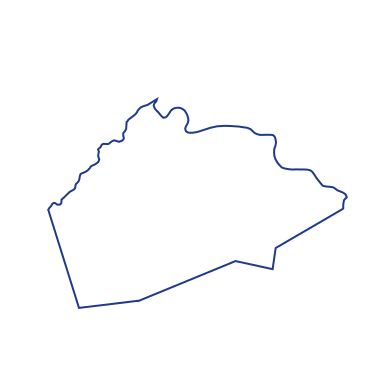 St. Joseph Estate, Dennery, Saint Lucia, rotated 71°
{"feature_id": "8701671B99871718233737", "entity_name": "St. Joseph Estate", "entity_type": "district", "adm_level": 2, "iso_a3": "LCA", "parent_name": "Saint Lucia", "parent_adm1": "Dennery", "projection": "equal_earth", "projection_center": [-60.918, 13.902], "detail": "fine", "context": "isolated", "style": "outline", "palette": "blue", "viewbox_px": 384, "rotation_deg": 71, "n_neighbors": 0, "source": "geoboundaries", "source_scale": "gbopen_adm2", "svg_char_len": 3052}
<svg xmlns="http://www.w3.org/2000/svg" viewBox="0 0 384 384"><g transform="rotate(71 192 192)"><path d="M95.2,205.8L95.1,207.6L95.1,210.8L95.3,212.8L96.1,214.6L97.2,216.6L98.5,217.9L99.2,218.8L100.3,220.8L101.1,223.0L102.5,227.3L103.1,228.9L104.1,230.0L104.6,231.1L105.2,231.3L108.4,232.7L110.7,233.6L111.6,234.4L112.8,235.8L113.4,236.9L114.1,237.9L116.4,238.7L118.8,238.9L119.8,239.6L120.2,240.2L120.8,241.9L120.7,242.6L120.8,244.6L117.8,248.7L117.8,249.3L118.0,251.2L118.8,253.6L119.3,254.9L119.3,255.9L118.5,257.9L117.7,260.1L117.6,260.8L118.1,262.2L119.4,263.4L119.9,264.2L120.3,264.9L120.8,266.4L121.3,267.0L122.3,267.0L123.6,266.9L124.5,267.5L126.7,268.7L128.0,269.1L130.7,269.0L131.4,269.5L132.1,269.9L133.2,271.0L133.7,272.5L134.3,274.8L134.4,275.6L134.4,276.7L134.7,278.2L134.9,279.4L136.0,280.6L137.4,283.2L138.1,285.2L138.4,287.4L138.5,290.4L138.7,291.3L139.2,292.0L141.2,293.3L143.2,294.3L144.8,295.6L145.7,297.0L146.7,299.2L147.0,299.5L148.9,300.5L150.3,301.4L151.0,302.3L151.5,304.4L152.1,307.6L153.2,310.0L154.4,312.5L155.9,315.7L156.7,317.9L158.3,318.4L160.3,319.5L160.8,320.6L160.7,322.0L160.0,323.5L157.8,325.2L157.3,326.4L157.7,327.9L159.6,330.1L160.5,331.9L162.0,333.7L264.8,336.6L277.3,278.4L277.6,278.3L271.5,174.0L271.5,173.3L291.2,140.9L272.2,131.1L257.1,54.9L256.6,54.3L254.6,53.6L252.8,52.9L251.9,52.4L250.7,51.8L249.1,50.8L247.3,47.4L244.2,47.6L243.6,48.0L241.9,49.3L240.9,50.3L237.7,54.0L236.2,55.0L235.5,55.5L234.1,56.4L233.0,57.9L231.8,60.3L231.4,61.3L231.3,61.7L230.6,63.0L230.0,64.2L229.5,65.0L229.0,65.9L227.7,66.8L226.2,67.3L225.2,67.7L220.5,69.3L220.2,69.5L214.6,70.9L212.2,71.7L211.9,71.8L210.1,73.0L209.4,74.1L209.1,74.5L208.1,76.4L207.3,78.3L207.1,78.9L205.7,83.1L204.7,85.6L203.4,89.9L201.7,93.6L201.5,93.9L199.8,96.9L198.6,98.4L198.1,99.1L196.5,99.8L196.0,100.1L193.9,101.0L193.1,101.3L191.8,101.7L188.2,102.4L185.1,102.4L181.5,101.6L178.0,100.2L175.8,98.3L172.7,96.5L170.6,96.1L169.5,95.9L168.1,95.8L167.4,95.7L165.8,96.1L164.7,96.9L164.5,97.0L164.3,97.4L163.6,98.9L162.3,102.5L160.8,107.2L160.2,109.0L158.5,111.6L156.6,113.6L153.7,115.1L151.7,116.1L150.9,117.0L149.3,118.8L148.3,120.8L148.0,121.4L145.8,125.6L145.3,126.5L144.0,129.7L142.6,133.0L141.2,136.5L139.9,140.1L138.0,147.2L137.6,151.0L137.3,153.1L137.1,162.1L137.0,166.4L137.0,167.5L136.1,172.4L135.1,175.3L134.8,175.8L134.4,176.4L133.4,177.3L132.6,177.9L130.2,177.9L128.4,176.8L128.2,176.6L126.7,174.9L125.3,173.4L124.5,173.0L123.9,172.6L122.8,172.0L121.2,171.7L120.9,171.6L118.4,171.5L117.0,171.5L116.3,171.6L113.1,172.3L112.8,172.4L111.9,172.9L111.1,173.4L110.3,174.1L109.1,175.2L108.0,177.1L107.9,177.3L107.2,179.9L107.1,181.4L107.3,182.9L107.4,183.7L108.4,185.8L108.7,186.1L109.4,186.9L110.3,188.2L111.0,189.1L112.0,190.7L112.4,191.4L112.6,191.8L112.8,192.2L112.7,193.2L112.6,193.9L112.4,195.0L111.3,195.6L111.0,195.8L108.4,196.9L105.4,198.0L104.4,198.6L101.2,200.0L99.4,200.1L97.9,200.1L97.6,200.0L96.8,199.5L95.9,198.4L95.5,197.9L95.1,197.1L94.6,196.3L94.3,196.0L92.8,194.9L95.2,205.8Z" fill="none" stroke="#1e3a8a" stroke-width="2"/></g></svg>